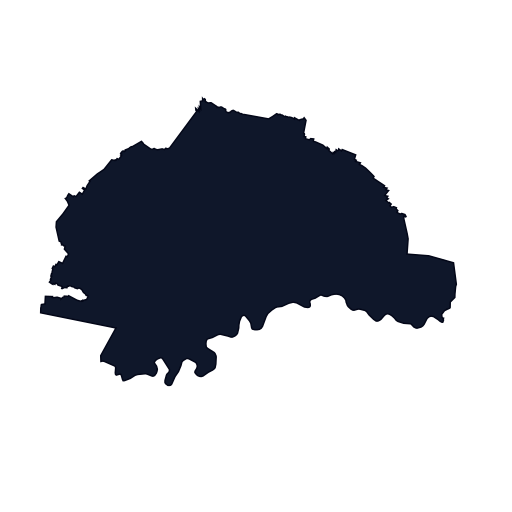 the district of La Barca, Jalisco, Mexico, rotated 10°
{"feature_id": "50627088B96985359808348", "entity_name": "La Barca", "entity_type": "district", "adm_level": 2, "iso_a3": "MEX", "parent_name": "Mexico", "parent_adm1": "Jalisco", "projection": "natural_earth1", "projection_center": [-102.522, 20.357], "detail": "fine", "context": "isolated", "style": "filled", "palette": "ink", "viewbox_px": 512, "rotation_deg": 10, "n_neighbors": 0, "source": "geoboundaries", "source_scale": "gbopen_adm2", "svg_char_len": 6031}
<svg xmlns="http://www.w3.org/2000/svg" viewBox="0 0 512 512"><g transform="rotate(10 256 256)"><path d="M123.3,163.0L115.1,169.9L114.2,170.0L112.7,171.4L112.2,172.2L108.8,174.3L109.1,175.0L108.2,176.1L107.9,176.1L107.7,175.6L106.7,175.7L106.1,176.2L104.9,178.4L105.9,178.9L105.2,180.1L106.2,180.6L104.0,184.7L102.3,184.2L101.5,186.0L100.9,185.8L100.6,186.4L100.0,186.2L99.8,186.5L97.2,186.3L91.3,197.1L85.5,202.7L78.8,210.9L79.6,211.3L77.5,216.0L76.8,219.6L73.8,218.6L73.3,219.6L75.8,220.8L74.2,225.3L71.0,223.9L68.5,228.7L66.4,228.3L65.8,229.4L60.9,227.2L60.1,229.0L59.6,231.1L58.7,232.3L58.3,232.5L60.8,234.9L63.1,238.5L58.6,248.0L53.5,256.9L54.1,262.3L59.6,275.5L61.4,275.9L61.6,276.4L62.3,277.0L62.1,277.6L62.6,277.9L62.6,278.8L64.3,278.7L64.8,279.3L66.4,279.5L66.1,282.5L71.0,286.4L70.4,289.5L69.0,289.2L66.8,296.9L62.8,295.8L61.5,299.3L60.5,299.0L59.8,301.5L58.2,301.1L57.5,303.6L57.9,303.8L58.2,305.0L58.0,306.4L58.1,308.8L57.7,308.9L57.5,311.4L58.4,311.5L57.6,314.7L58.3,315.2L57.1,317.6L59.6,318.8L61.0,319.2L61.2,318.3L62.9,318.8L63.1,317.5L65.1,317.8L66.0,319.0L70.6,319.7L70.3,321.7L70.7,321.8L72.9,320.3L75.3,320.1L75.5,318.4L76.7,318.4L76.8,317.9L77.8,317.6L79.1,317.7L79.9,318.1L81.9,318.1L83.0,318.8L85.8,319.2L87.1,318.2L88.6,318.5L90.7,319.7L91.9,321.3L92.7,322.0L94.8,323.1L95.2,323.9L95.8,324.4L97.1,324.0L97.6,325.2L96.8,328.2L93.7,329.7L93.2,329.6L93.2,330.5L92.2,330.4L92.2,330.9L89.9,330.9L87.4,330.6L78.5,327.7L78.4,328.3L74.2,328.8L74.3,329.5L72.9,330.3L71.7,331.9L71.7,331.7L69.8,331.4L67.3,331.1L64.0,332.2L62.5,332.2L62.6,331.3L55.6,332.3L56.5,339.9L53.2,341.0L53.0,341.5L53.2,343.0L53.1,344.6L53.8,349.3L130.6,351.2L120.4,381.1L121.6,386.8L123.2,386.1L124.8,386.1L136.2,388.9L137.2,390.2L137.7,395.5L138.3,397.1L139.2,397.5L142.2,396.0L143.4,396.0L144.3,397.2L145.9,400.6L146.8,401.9L148.1,401.6L153.4,398.4L157.7,394.4L160.1,393.2L167.6,391.1L169.4,391.2L174.6,392.3L175.5,392.2L176.9,391.3L178.2,388.6L178.5,386.6L178.5,384.6L177.2,381.8L174.5,379.0L174.3,378.2L175.2,376.3L176.7,374.6L179.5,372.8L180.9,372.7L182.2,373.7L190.5,382.8L190.7,384.6L190.2,385.9L188.8,387.9L188.5,389.0L188.0,394.3L188.3,396.3L189.1,397.4L191.6,398.7L193.5,398.4L194.4,398.0L195.2,396.8L197.2,388.8L199.7,383.3L201.1,377.0L201.4,373.2L202.4,371.6L205.1,369.2L206.1,368.8L207.9,368.9L214.1,370.9L215.5,371.5L216.9,373.4L217.4,375.3L217.1,377.2L216.0,380.0L216.0,381.1L216.3,381.6L218.0,383.1L219.4,383.9L221.2,384.3L222.9,384.2L224.6,383.4L229.3,378.7L233.1,375.8L234.7,374.0L235.1,372.9L235.2,369.4L234.3,362.4L234.0,361.4L232.5,359.1L231.5,358.3L224.6,355.5L223.1,354.6L222.7,354.0L221.9,351.2L221.7,348.6L222.2,346.6L222.8,346.0L227.2,343.8L232.1,340.1L234.3,339.2L242.2,339.7L245.5,340.2L246.9,339.9L249.1,338.4L250.5,336.8L251.2,335.2L251.5,329.9L251.1,327.0L251.1,323.1L252.1,318.5L252.5,317.8L253.5,316.8L254.7,316.5L255.9,316.7L260.9,321.0L262.6,323.1L264.2,327.5L265.1,328.6L267.6,328.8L269.9,328.4L272.1,327.6L273.6,326.3L274.6,324.2L276.5,313.8L277.7,310.5L280.9,306.5L284.1,303.4L285.6,302.5L290.2,301.1L296.5,296.8L300.6,295.0L304.2,295.1L312.5,297.8L315.8,297.7L316.8,297.4L317.6,296.9L318.1,295.7L317.7,293.8L316.9,292.2L316.8,291.4L317.3,289.8L318.9,288.6L321.5,287.3L326.1,283.3L327.3,283.1L330.0,283.7L332.3,283.6L333.6,283.3L337.0,281.1L339.8,280.0L342.1,279.5L344.9,279.5L347.9,280.3L350.5,282.0L352.3,284.1L352.7,285.6L354.6,288.8L355.7,289.9L358.9,291.9L360.8,292.5L362.1,292.3L365.8,290.5L367.4,290.3L372.9,290.7L374.7,291.6L377.6,294.4L382.8,297.9L385.6,299.2L387.3,298.9L388.9,297.8L390.1,296.6L392.4,292.7L393.7,291.0L395.2,290.1L396.4,290.0L398.3,290.4L400.4,291.3L403.2,293.1L405.3,295.0L407.2,295.8L413.1,296.6L420.0,295.9L420.9,296.3L423.8,298.5L425.9,299.1L427.1,299.1L430.9,297.3L432.4,295.8L433.4,294.0L435.3,287.8L436.8,285.9L438.7,284.8L441.3,284.8L446.6,287.1L448.6,288.3L450.4,288.9L451.4,288.8L451.8,286.9L451.6,286.1L451.1,285.7L451.5,284.7L450.6,284.6L449.9,284.2L449.0,281.5L449.1,281.0L451.1,277.1L453.5,275.3L453.4,275.1L454.3,274.8L455.9,273.6L456.1,273.0L455.3,267.6L459.0,262.3L458.5,258.9L457.9,251.4L458.2,249.1L451.7,228.4L426.1,225.8L404.4,227.9L402.8,212.7L401.0,207.8L395.2,193.9L394.5,191.2L396.6,191.5L396.9,191.1L395.5,189.3L392.1,188.8L390.7,189.7L387.2,188.6L387.8,186.7L385.7,185.2L385.9,184.1L383.0,183.5L381.0,184.6L379.2,183.3L380.1,181.4L378.1,180.2L377.8,180.8L374.2,178.8L376.3,176.7L374.5,176.1L375.4,174.3L372.4,174.1L372.7,173.5L372.6,173.2L375.2,168.5L372.2,168.2L373.2,166.4L369.7,166.2L370.4,164.5L357.8,159.0L358.4,157.2L355.1,154.8L348.6,150.4L344.6,148.6L341.9,147.9L342.6,146.1L337.6,145.6L338.1,144.3L336.1,143.6L336.6,139.1L322.4,136.2L321.9,137.7L318.9,136.2L318.9,137.6L318.2,138.2L316.5,137.4L316.4,140.2L315.3,139.7L315.2,141.3L314.1,140.7L313.9,142.1L309.5,139.5L309.5,137.9L307.3,136.5L307.3,138.1L302.6,135.2L294.8,133.3L293.0,133.3L292.5,132.9L292.5,130.7L289.5,130.9L288.4,132.3L284.4,132.0L284.3,130.0L282.5,130.1L282.6,127.6L282.3,127.1L281.5,127.0L281.7,113.7L279.4,111.5L278.5,113.3L277.8,113.1L275.5,114.2L275.1,115.0L270.0,113.2L270.1,114.5L268.3,113.8L266.3,113.4L264.7,113.4L264.0,113.7L262.1,113.4L261.6,113.6L260.6,113.2L260.3,113.7L259.6,113.7L257.5,112.7L256.9,112.6L256.4,112.9L255.0,112.2L253.1,113.1L252.9,112.5L251.6,112.3L248.2,115.7L244.6,118.8L219.9,118.7L218.8,118.9L216.5,118.3L215.5,118.6L213.6,117.5L212.0,117.9L208.5,116.5L207.6,116.8L206.5,117.6L205.5,119.3L204.8,119.1L204.1,119.7L201.8,119.4L201.0,118.5L200.7,116.9L200.2,116.6L198.8,116.4L196.3,115.3L195.2,115.4L193.6,116.3L193.2,116.0L192.0,116.5L191.8,115.8L185.3,112.9L184.4,113.0L182.7,113.6L180.6,113.2L180.0,112.7L179.5,113.0L179.2,112.7L178.9,110.7L178.5,110.4L177.8,110.1L177.5,110.6L176.7,110.9L176.1,110.3L176.5,112.5L174.3,113.4L176.0,120.5L174.4,119.0L175.0,121.9L173.8,121.0L174.6,123.5L171.0,121.1L171.5,122.9L172.6,123.7L152.1,164.8L150.0,165.9L148.5,165.5L147.3,167.1L145.0,166.8L140.6,168.5L138.9,168.4L137.0,167.8L135.3,169.0L133.8,169.0L125.8,165.3L125.1,164.4L123.3,163.0Z" fill="#0f172a" stroke="#020617" stroke-width="1.5"/></g></svg>